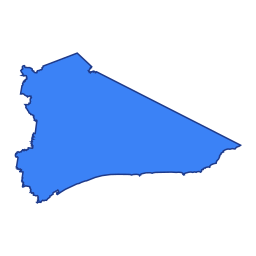 East Gippsland, Victoria, Australia (orthographic projection)
{"feature_id": "25037944B19226887893594", "entity_name": "East Gippsland", "entity_type": "district", "adm_level": 2, "iso_a3": "AUS", "parent_name": "Australia", "parent_adm1": "Victoria", "projection": "orthographic", "projection_center": [148.347, -37.346], "detail": "fine", "context": "isolated", "style": "filled", "palette": "blue", "viewbox_px": 256, "rotation_deg": 0, "n_neighbors": 0, "source": "geoboundaries", "source_scale": "gbopen_adm2", "svg_char_len": 5541}
<svg xmlns="http://www.w3.org/2000/svg" viewBox="0 0 256 256"><path d="M190.8,119.8L145.6,96.8L96.5,71.8L95.8,72.6L95.4,72.7L95.2,71.8L94.3,71.4L93.9,71.7L93.9,71.4L93.5,71.5L93.3,71.2L92.9,71.5L92.7,71.4L92.5,71.7L90.9,71.8L90.9,72.3L90.6,72.3L90.3,72.8L89.8,72.2L89.4,72.3L89.4,72.1L89.6,72.0L89.1,71.2L88.7,71.3L88.5,70.9L89.0,71.0L89.1,70.2L89.8,68.9L90.5,68.6L90.8,68.1L90.4,68.1L90.4,67.7L91.0,67.4L91.0,67.1L91.4,67.2L91.3,66.6L91.5,66.5L77.2,53.1L43.1,66.1L43.1,66.6L42.6,67.6L41.9,68.0L42.2,68.6L42.0,69.4L41.4,69.8L40.8,69.7L39.8,70.1L39.4,70.6L38.5,70.5L37.4,70.8L37.2,71.8L36.7,72.0L36.8,72.7L36.3,72.8L34.8,72.6L34.0,72.0L33.9,71.5L33.7,71.6L33.2,70.8L32.6,70.9L32.1,70.3L32.3,69.3L32.2,69.0L31.1,68.2L30.5,68.2L29.9,67.6L26.8,67.6L26.0,67.3L25.5,67.5L24.9,67.2L24.7,66.6L24.6,65.8L24.2,65.6L23.1,65.9L22.4,66.6L22.4,67.9L22.7,68.3L22.6,69.2L22.2,69.4L21.7,69.4L21.5,69.9L20.8,70.5L21.4,72.0L22.9,73.8L22.8,75.0L22.0,75.4L23.0,75.5L23.7,75.9L24.0,75.4L24.6,75.8L25.2,75.6L26.2,75.7L26.6,76.5L26.4,77.1L26.9,77.8L26.7,78.4L26.9,78.9L26.5,79.3L25.8,79.3L25.5,79.5L25.4,79.9L24.9,80.2L25.3,80.8L25.2,81.0L24.9,81.3L24.1,81.1L24.1,81.9L23.5,81.8L23.5,82.2L22.6,83.4L22.9,84.6L22.6,85.2L22.0,85.6L20.6,93.8L21.0,93.7L21.1,94.0L21.5,94.0L22.1,93.9L22.4,93.6L23.1,93.8L24.2,94.4L24.8,95.1L26.6,96.0L27.1,96.0L27.1,96.3L27.7,96.3L27.7,96.7L28.2,96.3L28.8,96.5L29.5,96.0L30.9,96.2L30.8,96.6L31.1,97.0L30.8,97.2L31.2,97.6L30.6,98.0L31.0,97.9L31.0,98.3L30.2,99.0L30.3,101.3L30.5,101.4L30.2,102.3L30.3,103.0L29.4,103.5L29.0,103.3L28.8,103.9L28.9,104.2L28.6,104.6L25.1,104.6L25.8,105.4L25.7,105.8L26.0,106.1L26.1,106.6L25.8,107.4L26.4,108.3L26.4,108.6L27.4,109.4L27.6,110.4L28.6,111.4L28.8,112.3L29.4,113.2L30.6,113.6L30.7,114.5L32.2,114.7L32.9,115.3L34.1,115.4L33.8,115.4L33.9,116.2L33.4,116.9L34.1,118.3L34.1,118.7L34.4,118.9L34.5,120.0L34.3,120.2L35.3,120.8L36.1,120.1L36.8,120.4L36.9,121.1L36.4,121.8L36.7,122.1L35.2,133.5L33.6,133.2L33.5,134.0L33.2,134.1L33.0,134.7L32.7,134.8L32.6,135.1L32.8,135.3L32.8,135.7L33.2,135.7L33.6,136.3L33.1,136.1L33.0,136.4L33.1,136.8L32.8,136.8L32.9,137.0L32.4,137.0L32.2,137.6L32.6,138.4L32.4,138.4L32.6,138.7L32.1,138.8L32.2,139.1L32.7,139.3L32.0,139.4L32.1,139.7L31.5,139.8L31.8,139.9L31.8,140.2L31.4,140.1L31.8,140.4L31.7,141.0L32.2,141.6L31.8,141.7L31.7,142.1L31.4,142.1L31.7,142.3L31.5,142.5L31.8,143.5L31.4,143.7L31.8,143.9L31.7,144.4L32.0,144.1L32.2,144.6L32.3,145.1L32.2,145.4L32.4,145.5L32.4,146.1L32.7,146.1L32.6,146.3L32.8,146.4L32.7,147.1L32.3,147.0L32.6,147.7L32.2,147.9L32.5,148.1L32.3,148.3L28.3,147.8L28.1,149.3L27.3,149.4L26.6,150.3L26.0,149.8L25.7,150.2L25.0,150.1L24.7,149.7L24.2,150.4L23.9,149.9L23.0,149.8L23.2,150.3L23.1,150.5L22.6,150.2L22.2,150.4L21.5,151.0L21.2,151.8L20.2,151.8L19.5,152.4L18.4,152.0L18.1,151.7L16.9,152.3L16.9,153.4L16.2,153.4L16.2,153.7L15.7,153.8L15.7,154.7L15.4,154.9L15.5,155.3L15.4,155.9L16.0,157.0L16.5,157.1L17.3,156.8L18.0,157.6L16.6,166.3L16.3,166.6L16.3,167.2L17.5,167.7L17.6,168.5L17.9,168.7L17.1,168.9L17.4,169.1L18.6,169.0L18.9,169.4L19.3,169.1L20.0,169.4L20.4,169.1L21.0,169.9L21.4,169.8L21.4,170.2L21.0,170.2L19.8,171.4L19.1,171.5L23.0,172.0L22.2,177.5L22.6,177.6L22.6,178.0L22.1,178.1L22.1,178.4L22.4,178.9L21.9,180.0L22.2,180.4L21.8,180.9L22.2,181.2L22.0,181.7L22.2,182.0L22.7,182.1L22.6,182.8L22.8,182.4L23.1,182.5L23.4,182.3L23.5,182.4L23.0,183.6L23.5,184.1L22.9,184.3L22.8,184.7L23.3,184.8L23.5,184.5L23.6,185.2L23.1,185.1L22.9,185.4L23.2,185.5L23.3,185.3L23.5,185.6L23.0,185.8L22.9,186.2L22.5,186.5L22.6,186.9L23.3,186.9L25.7,185.9L29.6,186.6L29.7,187.1L30.0,187.3L29.9,188.0L30.4,188.4L30.6,189.5L30.9,189.7L30.8,190.3L30.5,190.5L30.5,191.1L30.8,191.6L30.6,191.9L30.9,191.8L31.3,192.4L31.3,192.9L31.8,193.2L32.9,192.7L33.5,193.0L33.6,193.4L33.3,193.7L33.5,194.0L33.3,195.0L33.5,195.2L34.7,195.3L35.8,195.8L37.4,195.6L37.9,196.2L38.3,197.3L37.8,197.8L37.8,198.1L38.2,198.5L38.3,199.2L38.3,199.5L37.8,199.9L38.4,200.4L37.6,200.8L37.5,201.4L37.7,201.9L37.6,202.0L37.8,202.2L36.8,202.4L37.3,202.9L38.4,202.2L39.1,202.2L39.8,201.8L40.1,202.3L40.9,202.3L41.7,201.0L42.9,200.2L43.6,200.7L44.4,200.6L45.0,200.2L46.5,200.3L48.0,198.5L49.8,197.3L49.9,196.0L50.7,195.9L51.8,194.9L53.0,194.3L53.0,193.0L53.7,192.3L55.4,191.6L55.6,191.2L56.2,191.2L57.8,190.0L58.5,190.9L58.7,191.6L58.3,192.1L56.8,192.8L56.9,193.1L56.7,194.0L57.4,194.5L61.0,192.0L65.4,189.3L76.9,183.9L79.2,183.4L81.2,182.4L85.1,181.0L86.6,180.8L95.2,177.4L102.1,175.6L110.5,174.5L118.0,174.3L127.8,174.4L130.2,174.5L131.4,175.0L133.3,174.5L136.4,174.3L138.7,174.6L139.4,175.1L139.4,175.6L139.6,175.8L140.1,175.0L140.8,174.8L140.8,174.3L141.3,173.9L146.1,172.8L150.3,172.7L152.2,173.2L153.5,172.7L155.6,172.4L171.4,172.1L176.3,172.4L178.7,172.2L181.4,172.5L182.9,173.4L183.1,173.8L182.9,174.3L183.7,174.9L184.0,174.2L184.4,174.4L184.4,173.8L185.1,173.2L188.9,172.2L191.0,172.0L192.6,172.4L194.6,171.9L196.2,172.3L196.9,171.8L198.7,171.5L199.7,171.7L200.6,172.2L201.4,171.5L201.7,170.3L201.5,170.2L201.6,169.9L202.4,169.5L203.2,169.5L203.4,169.1L203.2,168.9L203.9,168.3L204.9,167.9L205.2,168.1L205.5,167.6L207.2,167.1L209.0,166.9L209.6,167.3L209.8,167.2L210.0,165.8L211.3,164.7L213.8,163.7L216.2,163.2L216.3,162.0L216.6,161.7L216.7,161.0L218.6,159.0L219.7,156.5L219.5,156.2L219.6,155.7L220.4,154.7L220.8,154.5L220.7,154.1L221.1,153.7L221.3,153.0L223.5,151.9L223.1,151.2L224.3,150.3L226.0,149.5L227.9,149.0L230.0,149.2L232.3,148.6L235.0,149.0L236.4,147.3L239.1,146.2L239.7,146.5L239.5,146.3L239.7,145.9L240.6,145.2L190.8,119.8Z" fill="#3b82f6" stroke="#1e3a8a" stroke-width="1.5"/></svg>